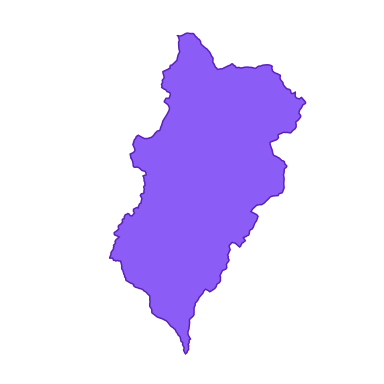 Chhoekhor, Bumthang, Bhutan, rotated 26°
{"feature_id": "84629894B98599067496491", "entity_name": "Chhoekhor", "entity_type": "district", "adm_level": 2, "iso_a3": "BTN", "parent_name": "Bhutan", "parent_adm1": "Bumthang", "projection": "mercator", "projection_center": [90.666, 27.781], "detail": "fine", "context": "isolated", "style": "filled", "palette": "violet", "viewbox_px": 384, "rotation_deg": 26, "n_neighbors": 0, "source": "geoboundaries", "source_scale": "gbopen_adm2", "svg_char_len": 6027}
<svg xmlns="http://www.w3.org/2000/svg" viewBox="0 0 384 384"><g transform="rotate(26 192 192)"><path d="M110.6,57.8L111.4,58.2L113.0,59.8L114.2,61.3L114.2,63.1L115.8,66.1L117.3,68.7L118.5,70.3L119.5,71.2L119.4,74.4L120.2,78.5L120.8,80.0L118.4,86.6L117.1,87.6L117.2,89.0L118.1,90.4L117.2,91.1L116.7,92.1L113.1,96.5L113.8,97.8L116.8,101.1L116.8,102.5L116.3,104.6L117.5,106.3L117.4,108.7L118.5,109.7L118.9,111.3L121.5,111.7L123.8,111.7L125.4,112.7L126.9,112.6L127.5,112.4L128.4,112.4L129.8,113.8L130.3,117.4L130.2,117.9L127.6,119.1L127.3,122.6L127.7,123.2L131.9,124.0L133.4,125.0L134.8,126.2L135.6,128.3L135.5,133.3L134.7,140.8L135.5,145.6L135.5,147.5L136.1,150.3L135.7,151.1L134.0,152.6L133.2,154.9L132.6,158.2L131.6,160.6L128.7,163.3L126.1,164.7L123.9,164.8L118.8,164.6L118.7,164.9L118.1,165.4L118.0,166.6L117.6,167.0L117.9,168.6L117.3,170.2L117.4,170.5L117.5,172.4L118.0,173.3L117.8,173.8L118.0,174.2L118.0,175.2L120.8,177.6L122.1,178.9L122.5,179.8L122.5,180.9L121.7,182.6L119.8,185.0L122.2,188.2L122.3,188.0L123.3,188.9L124.6,189.9L126.6,192.3L127.8,194.4L128.8,195.0L129.8,194.8L132.1,193.5L134.0,193.5L137.6,194.6L140.9,194.0L143.1,196.0L143.2,197.0L141.8,197.9L141.0,199.1L141.9,199.7L143.0,201.0L144.1,203.0L145.4,204.2L146.8,206.5L146.3,207.7L146.4,208.7L148.0,210.5L148.2,211.9L149.2,213.7L148.4,215.1L147.4,215.6L147.1,216.7L147.1,217.7L147.3,218.1L148.4,218.6L149.9,220.0L150.6,223.4L151.1,224.0L150.1,225.5L150.1,227.8L150.6,229.9L149.4,230.0L148.8,230.6L147.0,233.1L147.7,234.9L149.3,236.0L149.4,236.4L148.6,239.7L147.2,240.3L145.9,239.9L145.4,239.5L143.8,239.4L143.1,240.7L142.2,241.4L142.0,241.8L142.0,244.2L142.7,245.2L142.7,245.8L141.7,246.6L141.5,247.6L142.5,249.2L142.9,249.6L142.9,249.8L142.5,250.4L142.1,252.0L140.9,253.9L140.7,255.1L142.3,257.5L141.1,260.5L139.9,262.5L140.5,263.9L141.4,264.5L144.0,264.3L146.3,264.4L144.8,267.8L144.5,269.0L144.6,270.4L145.6,271.6L145.4,272.7L145.0,273.5L144.9,274.4L145.1,274.8L145.8,275.2L145.8,276.7L146.4,277.4L145.8,281.4L145.9,282.3L146.7,284.3L146.6,285.6L146.9,287.4L147.3,287.5L148.8,286.5L149.9,286.4L151.4,287.8L152.8,287.2L153.8,287.4L155.0,286.2L156.4,286.1L157.9,285.4L158.4,285.5L158.4,285.9L160.0,287.5L161.4,289.5L161.7,290.4L162.7,292.0L164.2,292.7L165.0,293.8L165.5,294.1L166.7,295.7L167.4,296.0L168.4,297.0L168.6,297.8L170.2,298.4L170.5,299.3L171.5,300.4L177.2,300.8L178.2,300.5L180.1,300.8L180.4,301.6L181.5,302.2L182.2,302.3L183.1,302.3L185.7,301.8L186.7,301.9L188.7,301.3L191.0,301.4L192.0,301.9L194.5,302.1L196.1,302.7L196.5,303.0L199.4,303.8L200.7,305.9L201.4,307.7L202.3,308.7L203.2,311.5L204.2,313.3L207.1,315.0L208.1,316.6L208.4,317.5L209.1,318.2L215.6,319.6L221.0,319.0L225.4,319.1L226.6,319.4L231.7,321.9L234.7,322.3L236.0,322.8L237.2,323.0L239.2,324.7L240.2,325.0L242.2,326.6L244.2,327.1L245.3,328.0L247.8,331.2L249.0,331.2L249.8,331.6L250.4,333.3L253.0,335.2L253.5,336.0L253.6,337.6L253.9,338.0L256.3,339.9L257.1,340.3L257.9,338.5L257.6,337.2L258.0,335.0L256.5,332.3L256.6,331.7L255.3,330.8L255.5,328.8L254.4,326.3L255.1,324.8L251.1,322.1L249.7,319.6L249.2,316.1L248.7,315.4L248.6,314.4L246.9,310.0L246.1,308.9L245.7,307.7L246.6,305.1L247.2,303.9L247.6,301.6L247.5,301.2L244.7,295.3L244.5,294.2L244.5,292.4L243.9,291.2L243.7,290.0L244.3,288.6L244.7,286.3L244.8,285.4L244.6,283.9L246.2,278.0L246.0,276.0L246.3,274.6L246.8,273.4L250.1,273.5L251.6,273.9L252.3,273.1L254.7,269.0L255.2,267.2L255.1,265.6L254.8,264.6L255.0,263.4L256.2,261.7L256.5,259.9L256.4,259.0L255.4,257.2L254.9,255.8L253.8,255.3L253.8,249.5L254.2,248.6L254.9,248.1L256.4,246.0L256.4,244.7L254.6,241.9L254.7,240.5L255.2,238.4L255.2,237.1L254.9,236.6L253.3,235.6L253.1,234.2L251.5,232.9L251.8,231.5L251.5,228.4L251.7,227.3L249.8,225.2L248.9,223.9L250.2,219.6L251.2,219.6L253.2,219.0L258.9,220.6L259.3,219.8L259.5,218.8L259.2,217.9L259.5,215.9L259.8,215.2L260.3,214.9L260.6,213.7L261.3,212.5L260.6,211.9L258.4,210.8L258.2,210.3L259.1,209.5L259.6,208.7L260.1,208.4L260.2,207.7L261.7,206.1L261.8,204.6L260.9,202.0L260.9,200.7L262.4,198.6L262.5,196.6L262.1,192.9L262.6,189.2L262.0,184.9L260.1,184.0L253.6,183.8L253.9,180.8L255.9,175.6L258.5,173.6L260.1,172.9L261.6,170.6L264.2,163.3L264.3,162.6L264.9,161.6L266.8,159.9L270.9,157.5L270.9,155.8L271.3,155.1L273.3,153.3L273.4,152.1L273.0,147.9L270.9,144.5L269.0,139.7L266.7,136.4L266.2,134.0L265.2,131.7L265.0,130.7L265.2,129.7L265.9,128.7L266.0,127.6L265.6,126.9L263.3,126.1L261.5,124.2L260.6,124.0L259.1,124.4L255.8,123.3L251.8,123.1L249.9,123.3L249.2,123.1L248.0,122.2L245.4,118.9L242.0,115.7L240.7,114.1L240.6,113.2L240.9,112.4L245.0,108.1L245.5,107.1L245.8,106.0L245.8,105.0L244.6,103.5L244.4,102.8L244.7,102.2L247.0,99.7L248.0,98.2L249.6,97.7L251.9,96.5L254.1,96.0L254.8,95.5L255.8,92.1L256.8,90.4L257.0,89.6L257.1,87.9L255.9,85.5L255.0,84.3L254.7,83.6L254.9,82.7L255.7,81.6L256.2,79.8L256.7,77.3L256.6,76.5L256.1,75.6L253.6,74.3L253.2,73.4L253.0,71.8L252.9,70.5L253.4,69.0L253.5,68.0L253.4,65.4L254.2,63.9L254.8,63.3L255.1,62.3L254.4,61.3L249.0,59.0L248.4,59.8L248.0,60.9L247.3,61.3L244.9,61.7L243.8,61.4L242.6,60.3L241.9,59.3L241.9,58.4L241.0,57.1L239.9,58.7L239.1,59.4L238.4,59.8L237.5,59.4L236.1,57.6L235.3,57.2L234.5,57.1L231.7,57.7L230.1,56.9L229.1,56.7L226.7,55.2L225.9,53.9L221.9,52.0L220.8,50.2L220.6,49.1L220.2,48.4L216.7,48.3L215.4,48.5L213.4,48.6L212.9,48.3L211.4,48.0L209.3,45.4L209.0,43.9L208.2,43.7L206.3,43.8L204.2,44.5L202.2,45.6L200.0,47.0L198.0,49.1L196.9,49.5L196.2,50.4L195.0,52.9L193.9,53.4L192.1,53.6L190.3,54.1L188.5,55.0L187.5,55.2L184.9,56.6L181.6,59.2L179.6,59.4L177.4,60.8L177.0,60.8L175.9,60.0L175.4,59.8L173.5,59.7L172.8,59.2L171.8,59.2L171.4,59.7L170.7,61.2L169.2,62.8L165.0,68.2L163.4,69.0L161.3,70.6L160.7,70.4L159.9,69.8L158.6,69.6L157.7,69.0L155.3,67.0L153.8,66.3L152.3,62.5L150.1,61.3L146.8,58.7L142.4,56.8L141.3,56.8L136.7,55.6L134.9,54.8L134.0,53.3L132.7,52.3L131.3,51.6L130.4,51.8L127.9,50.7L127.2,50.8L125.5,49.7L123.9,49.0L122.5,49.5L121.6,50.1L118.2,51.2L116.7,52.4L115.4,54.5L113.3,56.8L112.1,57.5L111.3,57.4L110.6,57.8Z" fill="#8b5cf6" stroke="#5b21b6" stroke-width="1.5"/></g></svg>